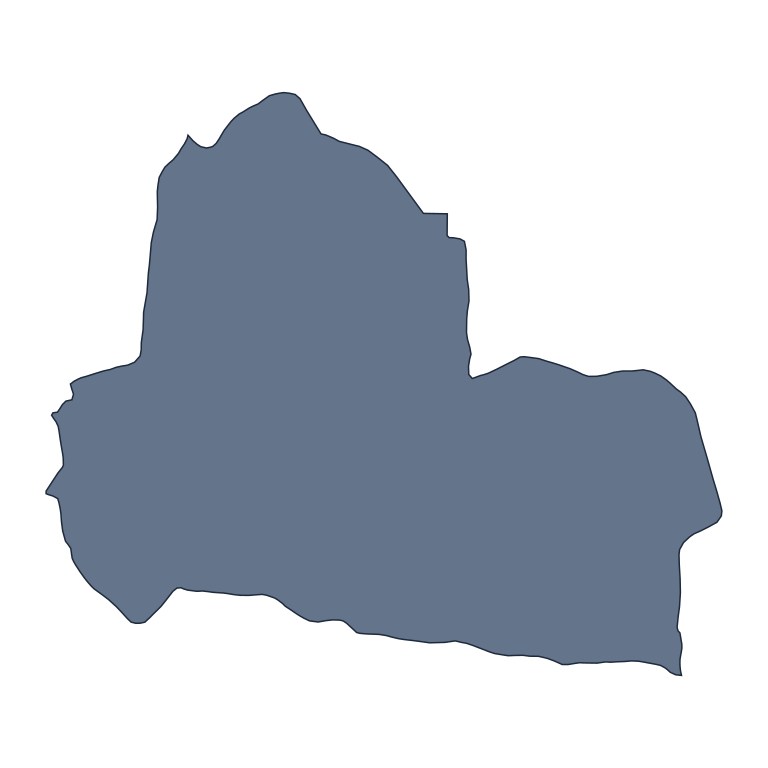 Ou Reang Ov, Kâmpóng Cham, Cambodia
{"feature_id": "14789045B44533012408415", "entity_name": "Ou Reang Ov", "entity_type": "district", "adm_level": 2, "iso_a3": "KHM", "parent_name": "Cambodia", "parent_adm1": "Kâmpóng Cham", "projection": "equal_earth", "projection_center": [105.534, 11.827], "detail": "fine", "context": "isolated", "style": "filled", "palette": "slate", "viewbox_px": 768, "rotation_deg": 0, "n_neighbors": 0, "source": "geoboundaries", "source_scale": "gbopen_adm2", "svg_char_len": 4043}
<svg xmlns="http://www.w3.org/2000/svg" viewBox="0 0 768 768"><path d="M70.4,384.0L71.9,389.4L72.5,391.1L73.5,394.2L71.9,399.8L65.9,401.1L62.4,404.6L59.5,409.2L57.4,412.2L53.0,412.8L51.6,415.2L53.4,418.1L56.0,421.7L58.2,426.4L59.1,431.4L60.1,438.6L61.1,444.9L62.6,453.5L63.2,457.7L63.4,465.1L62.4,467.4L58.0,472.9L52.7,481.0L49.3,486.2L46.1,491.1L46.1,493.7L48.4,494.6L52.9,496.0L57.7,498.6L59.0,502.9L60.2,508.7L60.9,513.5L61.5,522.0L62.7,531.0L65.5,541.2L68.2,544.6L70.8,548.5L71.4,553.0L72.2,558.3L73.8,561.8L75.9,565.4L77.1,567.2L80.0,571.7L84.2,577.6L87.1,581.3L90.8,585.6L94.0,588.8L102.2,594.7L108.6,599.6L116.4,606.7L121.9,612.5L127.5,618.7L131.1,622.1L135.7,623.3L140.2,623.2L144.8,622.2L149.5,617.9L153.0,614.3L157.8,609.6L161.1,606.3L165.6,600.7L168.8,596.6L172.9,591.3L176.9,588.1L181.0,587.7L183.6,588.9L187.6,590.1L191.4,590.6L197.0,591.3L202.4,591.0L208.0,591.6L212.9,592.3L218.5,592.7L223.2,593.0L227.8,593.6L233.8,594.6L240.2,595.3L248.9,595.4L257.4,594.7L262.3,594.4L266.6,595.2L269.5,596.2L274.6,598.0L277.5,599.7L282.3,603.3L285.4,606.3L290.1,609.4L295.4,613.0L299.2,615.5L304.1,618.3L309.6,620.9L318.1,622.0L326.2,620.6L332.8,619.9L339.7,620.1L343.1,620.9L346.6,623.2L351.0,627.3L354.2,630.2L356.6,632.5L359.7,633.3L362.6,633.6L368.1,634.0L372.3,634.1L379.2,634.4L386.5,635.6L391.9,637.1L393.6,637.5L398.2,638.6L403.9,639.5L413.5,640.6L422.5,641.8L429.5,642.8L437.5,642.6L444.8,642.4L455.2,640.9L462.5,642.6L466.2,643.2L472.5,645.3L482.1,649.0L489.3,651.8L494.5,653.5L503.5,655.0L508.2,655.7L516.0,655.4L523.1,655.3L529.8,656.2L538.5,656.3L547.1,658.3L554.2,660.9L557.8,662.5L562.2,664.5L568.2,664.5L575.5,663.3L579.9,662.7L583.0,662.9L588.7,663.0L597.2,663.1L604.9,662.0L607.5,662.0L610.4,662.2L616.7,661.8L624.6,661.5L631.5,660.9L638.5,661.2L643.4,662.0L649.8,663.2L655.8,664.3L660.5,665.4L664.8,667.7L667.1,669.4L670.4,672.4L675.8,674.8L681.5,675.4L680.7,671.9L680.3,669.2L680.0,666.0L679.9,663.2L680.0,659.3L680.7,655.1L681.3,651.9L681.9,648.0L681.8,643.9L681.2,640.7L680.7,637.5L679.9,632.9L678.0,630.8L677.1,627.4L678.1,617.2L679.5,606.8L680.4,592.6L680.1,578.7L679.3,565.1L679.0,554.8L679.6,549.6L683.5,542.6L689.7,536.8L694.0,533.8L700.6,530.9L709.8,526.2L717.0,522.2L721.3,516.0L721.9,510.9L720.1,503.2L716.4,490.0L713.2,479.5L707.3,458.6L700.9,436.6L697.2,420.5L695.3,412.8L690.3,403.7L685.7,396.8L682.9,394.2L680.6,392.1L676.5,389.1L669.6,382.7L666.3,379.9L660.7,375.9L654.9,373.1L650.3,371.3L643.3,369.8L632.3,371.0L622.8,371.0L613.7,372.4L606.4,374.7L596.7,376.3L588.6,376.4L583.2,374.7L577.2,371.8L570.1,368.7L564.0,366.6L558.2,364.6L553.0,363.0L546.4,361.1L538.7,358.6L531.4,357.6L524.2,356.7L520.1,357.0L514.1,360.5L509.0,363.0L501.3,366.9L496.4,369.4L488.1,373.3L482.5,375.1L481.1,375.3L475.4,377.4L472.3,378.5L468.8,374.5L468.5,366.3L469.7,358.8L471.0,354.2L469.8,347.5L467.5,339.4L466.5,332.6L466.7,318.8L467.4,310.7L469.0,300.9L468.7,289.6L467.2,279.3L466.6,268.2L466.1,259.5L466.1,249.8L464.4,241.3L460.0,238.9L453.6,237.8L449.1,237.6L447.1,235.5L447.3,213.8L435.9,213.6L423.4,213.4L396.7,176.9L390.1,168.6L387.7,165.5L377.3,157.2L367.9,150.2L359.1,146.3L357.7,146.0L349.3,143.9L342.2,142.1L339.1,141.3L333.7,138.3L325.9,135.0L321.0,133.9L306.5,110.2L300.0,98.7L295.2,94.5L289.4,93.2L283.6,92.6L279.4,93.2L275.3,94.0L269.4,95.7L262.5,100.6L258.0,104.0L252.6,106.3L248.9,108.2L243.1,111.9L239.2,114.0L234.3,118.1L231.2,121.3L227.5,126.0L224.3,130.2L221.7,134.5L219.4,138.5L216.2,143.4L212.7,146.5L210.0,147.3L206.5,148.0L200.8,146.7L197.1,144.3L193.0,140.8L188.0,135.2L187.2,138.6L184.4,144.0L181.1,148.8L178.4,153.5L173.1,159.8L168.9,163.4L164.9,167.2L162.1,171.9L159.2,177.4L158.0,185.1L157.3,191.4L157.4,198.0L157.6,207.2L157.1,219.6L153.4,232.2L151.3,242.6L150.0,257.9L149.3,265.6L148.4,272.8L147.0,292.9L145.5,301.3L143.6,312.4L143.5,316.9L143.1,329.6L141.3,342.7L141.2,349.9L140.1,356.0L134.6,362.2L127.5,365.2L121.7,366.1L116.2,367.3L110.5,369.4L103.4,371.0L94.6,373.7L86.5,376.3L81.3,377.7L78.1,379.1L73.8,381.4L72.0,382.9L70.4,384.0Z" fill="#64748b" stroke="#1e293b" stroke-width="1.5"/></svg>